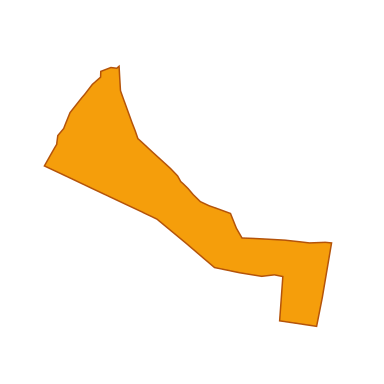 Halac, Chardzhou, Turkmenistan, rotated 282°
{"feature_id": "10190150B91732086642718", "entity_name": "Halac", "entity_type": "district", "adm_level": 2, "iso_a3": "TKM", "parent_name": "Turkmenistan", "parent_adm1": "Chardzhou", "projection": "mercator", "projection_center": [64.556, 37.553], "detail": "fine", "context": "isolated", "style": "filled", "palette": "amber", "viewbox_px": 384, "rotation_deg": 282, "n_neighbors": 0, "source": "geoboundaries", "source_scale": "gbopen_adm2", "svg_char_len": 1116}
<svg xmlns="http://www.w3.org/2000/svg" viewBox="0 0 384 384"><g transform="rotate(282 192 192)"><path d="M174.8,93.0L166.4,128.8L161.8,148.6L161.7,148.6L158.2,163.3L141.1,196.0L129.0,218.2L122.8,229.7L122.9,255.1L124.0,277.7L128.1,289.8L128.2,298.4L124.8,298.9L104.6,301.7L84.2,304.5L86.5,341.8L95.0,341.7L115.8,341.4L118.1,341.3L171.2,339.1L170.5,332.9L166.6,317.5L165.7,307.6L164.2,292.8L161.2,273.4L159.3,261.4L157.4,250.5L157.9,250.0L165.7,243.0L168.8,240.9L179.0,234.1L180.4,224.4L180.7,222.3L182.1,211.6L184.2,202.6L184.4,202.0L189.8,193.5L189.9,193.4L194.5,187.5L198.2,181.7L199.8,178.9L200.2,178.5L204.7,174.6L210.5,166.1L215.6,157.4L220.2,149.5L222.9,144.9L229.9,133.2L232.6,128.6L232.9,128.0L239.9,123.8L242.5,122.1L247.5,118.8L252.5,115.7L266.5,107.0L266.6,106.9L276.0,101.1L277.2,100.7L288.1,97.7L297.7,95.1L299.8,94.5L297.4,92.7L296.9,86.8L291.0,77.7L285.3,78.7L276.6,72.2L276.2,72.0L264.9,66.6L261.5,64.7L244.3,56.2L231.8,54.0L227.4,53.3L219.3,49.0L211.7,49.6L210.6,49.8L206.5,48.4L197.7,45.6L186.8,42.2L183.8,55.1L178.8,76.3L174.8,93.0Z" fill="#f59e0b" stroke="#b45309" stroke-width="1.5"/></g></svg>